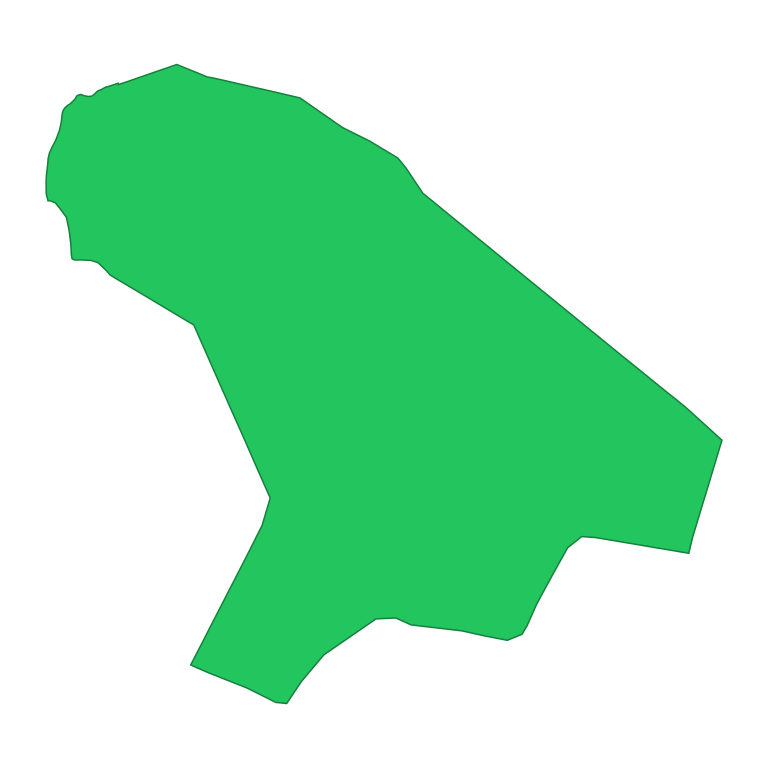 Al Butanah, Gedarif, Sudan
{"feature_id": "16777658B92441932102927", "entity_name": "Al Butanah", "entity_type": "district", "adm_level": 2, "iso_a3": "SDN", "parent_name": "Sudan", "parent_adm1": "Gedarif", "projection": "equal_earth", "projection_center": [34.366, 15.004], "detail": "fine", "context": "isolated", "style": "filled", "palette": "green", "viewbox_px": 768, "rotation_deg": 0, "n_neighbors": 0, "source": "geoboundaries", "source_scale": "gbopen_adm2", "svg_char_len": 2288}
<svg xmlns="http://www.w3.org/2000/svg" viewBox="0 0 768 768"><path d="M300.0,97.9L296.0,97.0L272.5,91.5L232.7,82.4L222.2,80.0L216.1,78.6L213.7,78.1L210.1,77.4L207.1,76.9L200.4,74.1L189.7,69.8L176.8,64.5L157.3,71.2L129.1,81.0L118.3,84.6L118.2,83.3L111.0,85.6L106.9,86.9L105.6,87.1L102.1,89.1L100.6,90.0L99.1,90.3L98.0,90.9L96.5,91.9L95.8,92.8L93.6,94.9L91.7,96.1L89.9,96.3L88.6,96.5L86.7,96.2L84.6,95.8L83.6,95.5L82.4,95.0L80.9,94.5L79.5,94.8L77.1,95.6L76.3,96.8L74.9,99.1L73.2,100.9L72.2,101.9L70.0,103.9L67.2,105.7L64.5,108.3L63.0,110.9L62.2,113.7L61.3,122.1L59.4,130.5L55.7,140.3L51.7,147.9L49.4,153.1L48.2,158.1L47.6,165.1L46.4,175.4L46.1,181.1L46.2,193.7L48.0,200.8L50.0,200.8L55.2,202.7L58.2,206.4L58.7,207.0L59.1,207.5L59.4,207.8L59.6,208.1L60.0,208.6L60.4,209.2L60.6,209.4L60.8,209.7L61.0,209.9L61.2,210.2L61.5,210.6L62.2,211.6L63.6,213.5L66.4,217.3L69.1,230.4L70.8,243.9L71.4,255.2L72.1,258.8L74.7,260.0L82.1,260.0L91.1,260.4L96.2,262.1L98.1,262.7L106.9,271.2L110.2,275.1L117.8,279.7L128.6,286.1L147.5,297.3L156.1,302.5L179.2,316.3L193.8,325.0L196.3,330.7L200.2,339.5L210.7,363.3L214.8,372.6L222.0,389.0L225.7,397.2L230.5,408.2L235.4,419.2L243.4,437.1L257.6,469.6L270.2,498.0L262.1,525.4L246.4,556.6L214.1,619.4L211.8,623.9L209.5,628.3L207.1,633.1L203.3,640.5L199.5,647.9L196.4,653.9L192.5,661.5L190.7,664.9L192.9,666.0L208.7,672.9L246.7,687.9L275.7,702.4L286.7,703.5L301.5,681.4L323.8,654.9L376.0,618.9L395.8,618.0L411.1,624.9L462.1,630.9L485.0,636.0L507.3,640.3L522.0,634.3L527.1,625.7L536.6,604.3L544.2,590.2L555.7,569.2L567.7,547.7L581.7,536.6L595.1,537.5L688.8,553.3L690.4,546.5L691.3,542.9L692.5,537.7L694.2,532.1L701.9,506.6L705.0,496.3L705.1,496.2L708.9,483.6L711.8,473.9L717.5,455.0L718.1,453.0L720.1,446.3L721.1,443.2L721.2,442.9L721.6,441.5L721.6,441.4L721.9,440.5L721.9,440.1L721.7,439.9L721.0,439.3L715.4,434.3L708.1,427.6L700.7,420.9L695.2,415.9L685.3,407.0L680.3,402.9L673.0,397.0L669.9,394.5L667.8,392.9L644.2,373.8L643.4,373.1L620.6,354.7L578.7,320.5L511.5,265.7L473.9,235.0L450.3,215.7L444.8,211.2L433.7,202.1L433.0,201.5L432.8,201.3L429.4,198.6L425.4,195.3L424.0,194.2L423.8,194.0L423.5,193.8L422.8,193.2L406.1,168.1L397.8,158.0L370.2,141.4L369.9,141.2L343.2,127.9L342.0,127.2L316.0,109.1L300.0,97.9Z" fill="#22c55e" stroke="#15803d" stroke-width="1.5"/></svg>